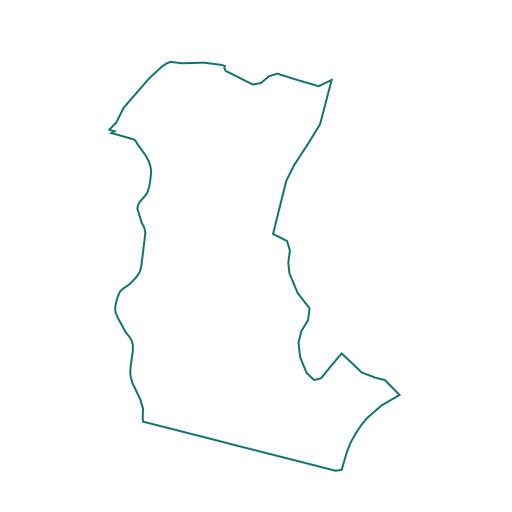 the Region of Kaolack, rotated 14°
{"feature_id": "SEN-765", "entity_name": "Kaolack", "entity_type": "Region", "adm_level": 1, "iso_a3": "SEN", "parent_name": "Senegal", "parent_adm1": "", "projection": "equal_earth", "projection_center": [-15.993, 13.984], "detail": "fine", "context": "isolated", "style": "outline", "palette": "teal", "viewbox_px": 512, "rotation_deg": 14, "n_neighbors": 0, "source": "natural_earth", "source_scale": "10m", "svg_char_len": 1487}
<svg xmlns="http://www.w3.org/2000/svg" viewBox="0 0 512 512"><g transform="rotate(14 256 256)"><path d="M392.5,417.5L391.6,423.9L390.9,442.6L385.4,445.1L368.2,445.0L346.5,444.9L324.7,444.8L302.9,444.7L281.1,444.6L259.3,444.4L237.5,444.3L215.7,444.2L193.9,444.1L186.4,444.1L185.3,440.7L183.3,431.5L178.5,423.2L167.3,409.7L164.3,404.9L162.4,400.5L161.1,393.7L159.5,378.2L158.0,372.0L155.8,368.2L153.3,365.6L147.8,361.3L136.6,349.1L133.1,344.4L131.9,340.3L131.5,336.3L131.7,329.4L132.1,326.1L132.9,322.9L134.9,319.9L140.0,314.2L144.0,307.4L145.7,303.8L146.9,300.1L147.2,296.5L147.1,292.9L143.1,260.6L140.9,255.8L136.6,250.7L129.4,238.6L129.2,234.7L130.3,231.2L134.0,224.2L135.2,220.5L135.6,215.4L135.3,209.4L133.8,199.1L131.6,194.0L129.2,190.2L124.3,184.9L114.2,176.4L112.3,174.4L110.4,172.9L108.4,172.4L85.9,171.7L88.5,169.2L83.1,169.0L83.1,168.9L88.2,160.1L91.7,144.2L109.2,109.8L118.9,94.9L122.8,90.6L126.3,88.3L137.6,86.9L158.7,81.0L176.7,78.9L179.8,79.2L179.9,81.6L181.7,83.7L211.4,90.4L218.8,87.1L225.3,78.3L232.6,73.9L249.7,75.0L275.7,76.1L286.8,66.9L286.3,112.5L279.9,133.0L271.0,158.7L267.2,175.8L267.2,206.6L267.2,230.5L282.5,234.0L287.6,242.5L288.9,254.5L292.7,264.8L305.4,281.9L320.7,293.9L322.0,305.8L318.2,317.8L318.2,329.8L323.3,343.5L333.4,357.2L342.4,362.3L348.7,358.9L355.1,345.2L362.7,329.8L386.9,343.5L400.9,345.2L411.1,345.2L428.9,356.1L414.1,370.5L403.2,386.0L399.3,394.0L395.7,403.9L392.9,414.3L392.5,417.5Z" fill="none" stroke="#0f766e" stroke-width="2"/></g></svg>